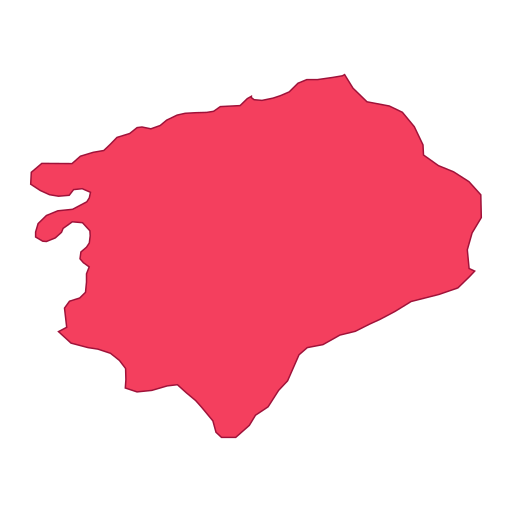 the district of Fuzuli District, Füzuli, Azerbaijan
{"feature_id": "54616110B29637726057754", "entity_name": "Fuzuli District", "entity_type": "district", "adm_level": 2, "iso_a3": "AZE", "parent_name": "Azerbaijan", "parent_adm1": "Füzuli", "projection": "natural_earth1", "projection_center": [47.279, 39.566], "detail": "fine", "context": "isolated", "style": "filled", "palette": "rose", "viewbox_px": 512, "rotation_deg": 0, "n_neighbors": 0, "source": "geoboundaries", "source_scale": "gbopen_adm2", "svg_char_len": 1617}
<svg xmlns="http://www.w3.org/2000/svg" viewBox="0 0 512 512"><path d="M251.4,96.3L247.3,98.6L240.1,105.6L220.3,106.6L213.6,111.3L206.7,112.4L195.9,112.7L185.1,113.3L177.1,115.1L166.7,120.1L160.2,125.5L150.9,128.8L142.0,127.0L137.1,127.6L129.7,133.5L117.0,137.4L110.0,144.6L103.8,150.5L93.3,152.3L80.4,156.2L72.0,163.6L41.8,163.4L31.3,172.3L30.7,184.2L40.3,190.5L49.5,194.7L58.5,196.2L69.2,195.3L73.6,189.6L82.2,188.7L90.5,192.3L89.3,197.9L86.8,201.8L80.0,205.4L72.6,209.3L57.8,210.8L46.4,215.5L38.1,223.6L35.6,232.0L35.6,237.0L42.7,241.2L46.4,241.5L55.3,237.9L61.5,232.3L63.1,228.4L72.3,221.8L82.5,222.7L89.9,230.8L90.2,235.8L89.3,243.0L86.5,247.2L80.9,252.0L80.0,258.8L83.4,262.7L89.2,266.9L86.5,273.8L86.5,282.1L85.5,292.3L79.7,298.0L69.5,301.2L64.5,308.1L66.7,327.3L58.5,331.6L71.0,343.1L88.0,347.6L97.8,349.1L110.5,353.3L119.4,360.4L125.6,368.5L125.9,379.6L125.3,388.0L137.0,391.9L151.8,390.4L167.2,385.9L177.4,384.7L186.7,393.1L195.6,400.5L201.5,407.1L212.9,420.9L216.0,432.3L221.5,437.4L227.8,437.4L235.7,437.4L249.3,425.4L255.5,415.2L268.1,406.8L278.6,390.4L287.6,380.8L299.0,354.8L307.3,347.6L323.0,344.6L339.8,335.1L355.3,331.3L369.2,324.3L380.3,319.2L395.2,311.3L411.1,301.5L439.1,294.4L457.9,287.9L469.4,276.7L474.7,271.1L469.1,268.5L467.3,249.8L472.1,232.9L481.3,217.6L480.8,194.8L469.0,181.7L453.7,171.9L438.4,165.6L423.5,155.0L423.0,144.9L414.3,126.7L402.4,112.3L389.3,106.0L367.0,101.8L353.0,88.2L344.6,74.6L342.4,75.8L332.9,77.4L317.5,79.6L306.8,79.6L298.0,83.2L289.2,91.9L280.3,95.7L273.1,98.1L262.0,100.4L254.1,99.7L251.4,97.6L251.4,96.3Z" fill="#f43f5e" stroke="#9f1239" stroke-width="1.5"/></svg>